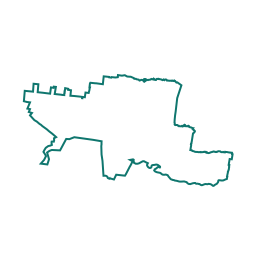 Kota Binjai, Sumatera Utara, Indonesia, rotated 277°
{"feature_id": "22746128B66679629138785", "entity_name": "Kota Binjai", "entity_type": "district", "adm_level": 2, "iso_a3": "IDN", "parent_name": "Indonesia", "parent_adm1": "Sumatera Utara", "projection": "equal_earth", "projection_center": [98.479, 3.6], "detail": "fine", "context": "isolated", "style": "outline", "palette": "teal", "viewbox_px": 256, "rotation_deg": 277, "n_neighbors": 0, "source": "geoboundaries", "source_scale": "gbopen_adm2", "svg_char_len": 5692}
<svg xmlns="http://www.w3.org/2000/svg" viewBox="0 0 256 256"><g transform="rotate(277 128 128)"><path d="M141.9,21.4L141.5,24.6L141.5,27.6L135.0,25.8L134.8,28.4L131.8,27.6L131.2,30.8L128.6,29.2L124.4,34.1L123.2,36.8L121.2,39.8L120.6,41.2L119.5,42.7L116.8,47.6L115.1,50.1L113.1,53.5L110.2,57.8L108.8,55.8L106.6,56.2L105.4,56.0L105.4,54.9L105.2,53.9L103.9,53.9L101.9,54.5L101.0,52.9L100.4,51.1L98.3,48.8L96.2,47.8L94.0,47.0L91.3,49.3L90.0,50.0L86.1,48.6L82.0,45.8L82.0,52.4L87.4,53.4L93.8,50.7L95.7,52.8L96.9,55.0L97.5,63.3L109.6,68.0L109.8,71.2L112.3,75.8L112.0,94.9L111.6,103.4L110.1,103.5L108.7,103.7L106.8,103.7L98.4,105.0L92.2,106.7L77.6,109.5L77.9,111.7L77.6,112.7L76.9,113.6L76.4,113.8L76.1,113.9L75.9,114.1L75.8,114.3L75.8,114.5L75.5,115.6L75.7,115.8L75.4,115.9L75.5,116.3L75.8,116.5L75.2,120.3L80.2,122.0L80.3,130.8L81.8,131.5L90.2,134.6L90.7,134.9L95.4,136.6L96.0,135.5L96.6,134.0L97.5,136.8L97.2,137.5L96.3,137.5L94.2,138.2L93.5,140.0L93.7,141.8L94.2,143.1L96.7,146.6L96.9,147.3L96.9,148.1L96.1,150.1L95.5,152.0L94.2,151.5L93.5,151.4L92.7,151.8L91.9,152.5L91.4,153.1L91.0,154.1L91.1,155.1L91.4,155.6L92.1,156.0L93.2,156.0L93.7,156.2L93.8,156.3L94.2,157.0L94.7,159.1L95.1,160.2L95.2,161.0L94.8,162.5L93.6,164.5L93.1,164.6L92.7,164.4L92.8,164.0L92.9,163.5L93.0,162.8L92.7,162.2L91.2,160.9L90.9,160.4L90.2,159.5L89.0,159.2L88.2,160.2L87.8,161.4L87.6,162.3L87.4,165.3L87.0,166.2L86.3,167.1L85.9,168.3L86.1,170.2L86.4,171.2L86.0,173.1L84.7,174.2L82.5,176.6L82.2,177.3L82.1,178.2L81.9,178.7L81.9,179.5L81.8,180.3L81.6,180.7L81.5,182.9L81.1,185.5L81.3,187.4L81.8,190.2L81.4,192.8L80.5,193.7L79.9,195.0L79.9,196.6L81.1,199.2L81.5,200.7L81.6,201.4L81.2,201.9L81.0,202.6L81.2,203.4L81.2,204.3L81.0,205.4L81.1,205.8L80.4,207.1L80.2,207.8L80.4,208.8L81.1,210.0L81.8,211.5L81.9,213.8L82.4,214.9L82.3,216.9L81.8,218.0L81.0,219.3L81.0,219.9L81.4,220.5L81.9,220.8L83.5,223.0L85.2,224.0L86.9,224.1L87.2,224.4L87.3,225.1L87.3,227.6L87.6,229.0L89.0,231.3L89.4,232.3L91.0,232.4L91.9,232.5L92.0,232.2L96.7,232.6L96.9,232.5L97.2,232.7L98.3,232.8L98.7,233.1L101.2,233.1L101.6,233.2L102.0,233.0L103.8,233.1L103.9,232.8L103.7,232.6L103.7,232.4L109.6,232.7L109.6,234.8L114.6,235.0L114.7,234.5L115.4,234.5L115.5,234.1L116.1,234.1L116.1,232.7L116.0,231.5L116.1,231.4L116.1,230.2L116.2,229.4L116.2,228.8L116.1,227.9L116.2,227.4L115.6,227.2L115.6,226.8L115.7,226.7L115.8,225.8L115.6,225.8L115.6,225.1L115.5,224.2L115.4,223.6L115.6,223.0L115.8,222.8L116.0,222.5L116.0,220.8L115.5,219.5L115.0,219.1L115.0,218.7L114.9,218.4L115.0,218.1L114.8,217.5L115.1,216.8L115.0,216.2L115.1,215.5L114.6,214.9L114.5,214.3L114.2,213.8L113.9,212.9L113.7,212.6L113.4,212.3L113.0,211.3L112.9,210.5L113.0,210.1L113.0,209.5L113.0,209.2L113.5,209.3L113.6,209.2L113.5,208.6L113.6,208.3L113.8,208.2L113.8,207.9L113.6,207.9L113.5,207.5L113.7,206.5L113.4,206.1L113.4,205.7L113.2,205.3L113.1,204.7L112.9,204.1L113.0,203.7L112.8,203.0L113.0,202.9L112.8,202.3L112.8,201.8L112.6,201.0L112.7,199.6L112.6,198.9L112.5,197.6L113.0,195.9L113.0,195.1L113.1,194.7L113.2,194.4L113.7,194.0L113.7,192.6L119.0,192.8L119.4,192.4L120.3,192.5L120.7,192.9L121.6,192.8L122.1,192.9L130.5,193.2L130.6,193.5L132.6,194.8L133.3,194.6L133.7,193.8L133.9,193.4L134.3,193.4L134.9,192.3L135.3,192.5L135.5,192.4L135.6,192.2L135.8,192.4L135.9,191.6L136.2,190.9L136.3,189.4L136.7,188.3L137.0,188.4L137.2,188.1L137.5,188.0L137.6,187.6L137.5,187.4L137.0,186.8L137.0,186.3L136.9,186.2L136.9,185.0L136.8,184.8L136.8,184.6L136.9,184.1L137.7,184.4L137.9,184.3L138.1,183.7L137.5,183.1L137.2,182.7L136.6,182.7L136.6,181.9L136.4,182.0L136.2,181.9L136.3,181.4L136.2,180.7L136.0,178.3L136.4,178.0L136.3,177.5L136.6,177.1L136.8,176.9L137.0,176.5L136.9,175.7L136.7,175.0L136.7,174.4L136.9,174.1L137.4,173.8L137.8,173.9L138.6,173.8L139.0,173.5L142.0,173.3L146.3,173.2L150.3,173.3L163.7,173.2L176.9,175.8L179.3,171.4L179.2,170.9L179.0,170.5L180.4,169.0L180.4,168.9L180.5,168.7L180.2,168.7L180.2,168.3L180.2,167.9L180.2,167.4L180.5,167.0L180.5,166.6L180.3,166.4L180.4,165.7L180.3,165.4L180.1,165.4L180.1,163.8L179.9,163.3L180.0,162.0L179.9,161.8L179.9,161.0L180.0,161.0L180.2,160.7L180.3,160.7L180.6,160.3L180.6,160.0L180.7,159.9L180.8,159.6L180.6,159.3L180.5,158.7L179.9,158.3L180.0,158.0L180.2,157.9L180.5,157.4L179.9,156.8L179.7,156.3L179.8,156.1L180.2,155.3L180.3,153.9L180.4,153.4L180.3,152.8L180.3,152.2L180.5,152.1L180.4,151.7L180.2,150.6L179.1,150.0L179.0,149.7L179.1,149.2L179.1,148.9L179.4,148.9L179.5,148.5L179.8,148.2L180.0,147.7L179.5,147.7L179.4,147.5L179.2,147.6L179.2,147.3L179.6,147.2L179.6,146.7L179.4,146.3L179.4,146.0L179.6,145.6L179.2,144.7L178.9,144.6L178.5,143.7L178.5,143.0L178.0,142.1L178.1,140.9L178.4,140.0L178.7,139.6L178.7,138.6L178.4,138.0L178.1,138.1L177.9,138.7L177.7,139.1L177.4,139.1L177.4,139.5L177.2,139.7L177.0,139.3L176.6,139.3L176.3,138.9L175.9,138.5L176.2,137.9L177.1,137.7L177.0,137.3L177.4,136.8L177.4,135.2L176.8,134.4L176.5,133.6L176.9,133.1L177.3,132.7L177.4,130.5L177.8,129.8L177.6,128.8L177.8,127.9L178.2,127.8L179.2,124.5L179.1,123.2L179.0,120.9L180.0,118.4L179.2,115.6L179.3,111.6L177.2,111.7L176.6,109.4L176.5,105.5L176.0,105.3L176.0,103.1L176.4,103.0L176.3,97.6L168.4,97.7L168.5,90.8L168.4,90.3L168.3,85.1L167.6,84.8L163.6,84.8L163.6,85.3L162.6,85.1L162.3,85.1L161.1,85.1L158.0,84.7L158.0,81.5L153.3,81.4L153.3,79.1L152.0,79.1L152.0,78.8L153.3,78.8L153.3,76.2L153.2,70.7L153.0,66.9L158.5,66.8L158.6,63.9L159.6,63.9L159.9,60.8L157.1,60.8L157.1,60.6L156.8,60.6L155.6,60.8L155.6,60.6L154.1,60.7L153.9,60.5L152.9,60.7L152.8,58.4L152.9,58.0L152.8,51.1L160.0,51.4L160.0,49.3L158.8,49.2L158.9,46.6L152.6,46.5L152.6,39.1L152.5,34.0L160.5,33.7L160.4,28.9L152.5,29.3L152.3,21.0L141.9,21.4Z" fill="none" stroke="#0f766e" stroke-width="2"/></g></svg>